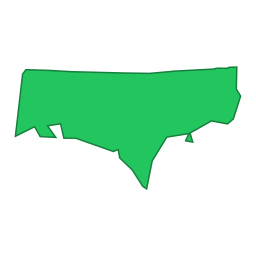 Clay, Tennessee, United States of America
{"feature_id": "52423323B34914884801854", "entity_name": "Clay", "entity_type": "district", "adm_level": 2, "iso_a3": "USA", "parent_name": "United States of America", "parent_adm1": "Tennessee", "projection": "equal_earth", "projection_center": [-85.51, 36.515], "detail": "fine", "context": "isolated", "style": "filled", "palette": "green", "viewbox_px": 256, "rotation_deg": 0, "n_neighbors": 0, "source": "geoboundaries", "source_scale": "gbopen_adm2", "svg_char_len": 594}
<svg xmlns="http://www.w3.org/2000/svg" viewBox="0 0 256 256"><path d="M15.4,136.3L34.6,126.7L40.2,136.6L55.8,137.4L47.5,125.8L60.6,123.8L63.9,138.2L75.7,138.2L113.4,151.5L118.2,149.5L119.7,157.9L132.3,170.0L142.7,186.3L146.6,188.9L152.2,160.9L166.8,137.1L188.9,133.6L185.6,140.8L192.8,142.1L190.0,133.0L211.5,120.9L227.5,123.9L233.3,119.0L240.6,96.1L236.3,89.1L236.8,67.1L230.9,67.2L228.7,67.5L226.9,68.3L216.9,68.2L213.0,69.1L173.5,71.2L170.9,71.5L149.5,73.4L123.5,73.0L123.3,73.0L71.5,71.7L49.2,70.4L25.9,69.7L22.6,74.2L15.4,136.3Z" fill="#22c55e" stroke="#15803d" stroke-width="1.5"/></svg>